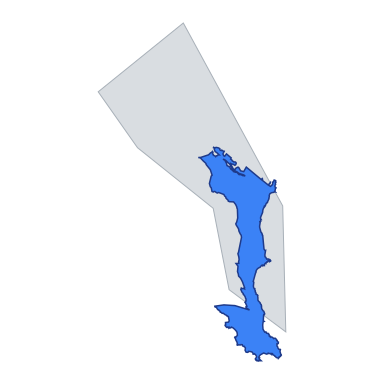 location of East Mahe, Anse Royale, Seychelles
{"feature_id": "34574756B49819614716360", "entity_name": "East Mahe", "entity_type": "district", "adm_level": 2, "iso_a3": "SYC", "parent_name": "Seychelles", "parent_adm1": "Anse Royale", "projection": "natural_earth1", "projection_center": [55.513, -4.728], "detail": "fine", "context": "in_parent", "style": "filled", "palette": "blue", "viewbox_px": 384, "rotation_deg": 0, "n_neighbors": 0, "source": "geoboundaries", "source_scale": "gbopen_adm2", "svg_char_len": 6288}
<svg xmlns="http://www.w3.org/2000/svg" viewBox="0 0 384 384"><path d="M282.7,205.9L285.8,331.9L229.1,289.7L213.2,208.3L137.5,147.7L98.2,91.8L183.3,23.0L282.7,205.9Z" fill="#d9dde1" stroke="#a8b0b8" stroke-width="1"/><path d="M213.5,147.7L214.5,148.2L214.3,149.3L215.1,151.5L217.2,153.0L219.2,154.9L218.0,154.9L217.3,155.7L216.4,155.8L215.7,156.7L215.1,156.0L214.0,155.6L213.2,154.9L213.3,154.5L212.8,154.0L212.6,153.3L213.0,152.2L212.4,151.4L211.6,152.5L210.6,152.8L208.6,154.8L200.7,157.4L198.3,157.5L200.4,157.9L203.3,161.0L205.4,162.9L206.0,163.6L206.1,164.4L206.6,165.1L210.3,169.7L212.1,175.2L211.2,176.1L209.4,183.5L210.3,186.7L211.2,187.7L212.0,191.5L213.3,192.0L214.1,191.5L214.9,191.5L216.7,192.8L217.5,193.0L218.2,192.5L219.2,192.7L223.9,194.5L224.6,196.0L225.7,196.9L226.0,198.2L228.2,200.4L228.3,201.2L229.6,201.7L233.6,201.9L235.6,204.4L236.8,207.0L236.9,208.0L237.4,209.0L237.7,218.0L236.7,222.0L235.8,223.8L236.1,224.8L238.5,228.8L239.0,231.3L240.3,234.0L241.2,235.3L241.5,237.4L238.5,252.2L237.9,253.7L238.8,257.0L239.1,259.7L238.6,261.6L238.8,263.4L236.0,263.5L238.0,266.2L237.5,271.6L238.3,274.0L238.6,276.1L240.5,278.1L242.4,281.7L244.6,287.7L244.2,287.9L244.5,288.9L243.3,288.4L241.9,288.6L241.3,288.1L240.8,289.5L242.0,292.2L243.3,293.6L243.3,294.5L244.2,295.2L245.2,296.9L245.5,298.2L245.9,298.7L246.1,300.4L245.6,301.2L245.8,301.5L245.0,302.4L245.5,302.9L246.9,306.3L246.0,306.7L245.9,307.1L246.3,307.8L249.5,310.0L234.9,305.6L223.9,304.9L214.8,306.2L214.9,306.8L216.5,307.5L217.7,309.6L218.3,309.7L219.0,310.5L219.3,310.4L219.9,311.3L220.3,311.5L220.3,312.2L221.2,312.4L222.1,313.3L223.3,313.3L225.0,314.6L226.3,315.2L227.0,316.0L227.4,315.9L228.0,316.6L228.4,316.6L229.2,320.8L228.5,322.1L225.5,322.5L225.6,324.4L225.4,324.4L225.1,325.6L225.6,325.8L225.8,326.5L226.7,327.4L227.2,327.2L227.9,327.5L228.0,327.2L228.6,327.6L228.9,327.3L229.0,328.2L229.7,327.8L230.7,327.9L231.3,327.1L232.8,327.7L234.9,329.5L236.6,331.5L237.1,332.6L237.4,335.3L236.3,336.6L236.0,336.6L235.7,337.3L235.0,337.0L234.7,337.3L235.7,339.4L236.1,340.7L236.5,341.1L237.0,342.2L237.3,343.5L237.4,344.0L237.1,344.3L237.2,345.1L237.8,345.2L238.9,344.7L239.7,345.0L240.7,344.9L240.9,344.6L242.3,344.7L242.6,345.9L244.0,346.6L244.2,346.4L245.4,347.9L245.1,350.3L246.0,352.1L247.3,352.4L248.2,352.1L248.5,351.4L250.0,351.5L251.9,351.9L253.1,353.4L253.1,354.1L254.2,354.1L254.4,353.8L254.9,354.1L255.8,355.0L256.6,356.6L256.6,357.1L255.3,358.9L255.7,359.9L256.4,360.5L257.1,360.9L257.5,360.8L257.4,360.5L258.3,361.0L258.6,360.5L259.6,360.8L260.0,360.5L260.3,360.6L260.2,360.3L260.8,360.4L259.4,359.1L259.2,358.8L259.6,357.9L258.9,357.7L258.8,357.2L259.7,355.5L260.6,354.7L263.7,353.0L266.5,354.1L267.7,353.8L267.8,353.4L268.2,353.1L269.1,353.6L270.2,353.4L270.7,354.0L271.1,353.8L271.3,354.0L271.6,353.7L272.0,354.6L272.6,353.9L273.0,354.7L274.7,355.8L274.8,356.2L275.2,356.3L276.3,357.5L278.2,358.1L278.6,357.8L278.6,358.1L279.5,357.1L279.4,356.8L279.8,356.8L280.6,356.2L280.5,355.6L281.3,355.2L281.2,354.6L280.8,354.3L280.0,351.4L280.4,349.5L280.0,349.3L279.2,349.4L278.6,349.1L277.9,347.9L277.7,346.9L277.0,346.0L277.0,343.8L277.7,343.9L278.3,343.4L278.4,342.1L277.4,341.6L277.2,340.4L276.6,340.3L276.4,339.4L275.4,338.3L274.2,338.3L273.7,338.6L272.5,337.3L271.0,337.0L270.7,336.5L270.3,337.0L269.9,336.3L269.3,336.1L269.1,334.5L268.6,334.3L268.5,333.5L266.6,333.2L266.2,332.7L266.3,332.2L265.7,331.9L264.7,332.1L263.0,329.2L262.7,325.1L263.0,322.5L263.3,321.3L263.7,321.6L264.2,321.4L263.3,320.7L263.6,315.2L263.7,314.8L264.0,315.0L264.4,314.7L264.7,313.8L263.8,311.3L263.1,310.8L261.8,308.9L261.4,306.5L261.6,306.2L261.2,304.7L260.2,303.4L260.1,302.7L258.3,300.9L257.9,300.0L257.9,297.8L257.6,295.6L257.8,295.4L257.2,294.7L256.1,294.3L256.0,293.0L255.2,291.8L255.4,291.1L254.8,289.6L254.8,288.8L254.4,288.9L253.6,287.4L253.4,286.1L253.8,282.2L253.2,281.6L255.4,273.5L256.1,271.9L255.9,271.7L256.2,270.6L257.0,269.3L258.3,268.1L260.3,267.1L260.5,266.6L261.8,265.3L262.1,265.5L262.4,265.2L262.7,265.6L262.8,265.3L263.5,265.1L263.9,265.6L264.4,265.6L264.3,264.9L265.0,263.6L265.5,263.6L265.3,263.4L265.6,263.0L266.4,262.6L266.8,261.9L267.6,262.0L268.0,260.8L268.5,261.0L268.9,260.7L269.5,261.6L269.8,261.2L270.1,261.4L270.6,261.2L270.7,260.8L270.2,260.6L270.2,259.9L269.6,259.4L269.0,259.6L268.1,258.9L266.7,259.1L265.7,257.2L265.0,256.8L264.9,254.7L265.6,250.4L265.0,250.6L264.0,249.0L262.7,235.4L262.2,234.9L262.3,234.3L261.5,232.6L261.2,232.5L260.9,231.9L259.7,227.6L259.6,226.1L260.3,221.7L259.9,222.0L259.8,221.7L260.8,221.2L260.6,220.2L260.9,219.5L261.1,219.5L260.6,218.7L260.6,217.3L262.6,212.4L262.9,209.8L264.1,206.9L264.4,207.1L265.1,206.1L263.8,205.9L265.1,206.0L266.3,203.3L266.8,202.8L267.0,202.9L267.6,202.1L267.5,201.9L269.0,198.7L268.8,198.4L269.3,196.7L269.2,195.4L269.9,193.7L271.6,192.7L274.0,192.3L274.5,191.6L275.2,191.8L274.7,191.2L275.2,190.2L275.4,188.4L275.8,188.3L276.0,187.7L275.1,187.0L274.9,186.2L275.0,185.3L275.6,184.5L275.3,182.8L275.9,182.3L275.6,181.6L275.8,180.9L274.9,180.2L274.3,180.4L274.1,180.2L273.3,181.9L272.4,182.2L272.7,182.9L272.5,184.6L270.5,186.4L268.4,185.1L270.2,183.0L270.2,182.7L268.2,185.0L262.2,180.2L262.6,179.2L262.2,178.5L261.2,179.5L246.3,167.1L243.7,171.6L240.6,170.8L238.8,167.6L238.0,167.1L236.0,168.1L235.3,168.9L234.8,170.3L234.3,170.3L234.4,169.6L233.2,168.8L231.3,165.2L230.3,163.9L229.9,164.0L229.9,163.6L230.4,163.3L231.8,164.1L233.0,164.2L234.9,165.3L235.6,164.8L236.2,163.6L236.0,162.5L235.1,161.9L233.9,162.0L233.3,161.4L232.4,161.1L231.9,160.0L230.6,159.1L231.2,157.9L226.5,153.9L224.7,156.2L223.9,155.9L223.1,154.4L223.0,153.6L224.6,150.6L224.0,151.7L221.8,150.1L221.3,150.6L220.4,150.3L219.8,149.7L219.8,148.6L218.2,147.8L216.3,147.4L215.3,147.6L214.9,148.1L213.7,147.3L213.5,147.7ZM223.0,159.1L224.5,159.6L225.8,160.5L229.8,164.3L231.5,166.9L232.7,169.6L233.4,170.4L236.8,171.7L239.2,173.5L243.7,174.9L244.7,175.6L244.6,175.9L243.9,175.8L243.7,176.2L243.9,175.4L243.5,175.2L243.0,175.7L241.0,174.7L239.0,174.6L236.7,172.1L235.7,172.3L233.5,171.6L233.3,170.8L232.7,170.6L232.7,170.3L232.1,169.6L231.8,169.8L231.3,169.4L231.4,168.8L230.9,169.1L230.2,168.1L229.8,166.9L228.8,166.4L228.4,166.5L227.6,165.7L227.0,165.6L226.2,162.2L225.7,162.0L225.1,160.5L223.0,159.1Z" fill="#3b82f6" stroke="#1e3a8a" stroke-width="1.5"/></svg>